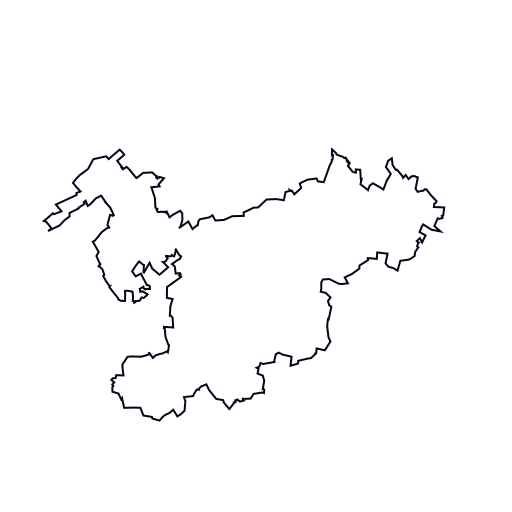 Nkangala, Mpumalanga, South Africa (Mercator projection), rotated 344°
{"feature_id": "47623444B64302501149239", "entity_name": "Nkangala", "entity_type": "district", "adm_level": 2, "iso_a3": "ZAF", "parent_name": "South Africa", "parent_adm1": "Mpumalanga", "projection": "mercator", "projection_center": [29.297, -25.643], "detail": "fine", "context": "isolated", "style": "outline", "palette": "ink", "viewbox_px": 512, "rotation_deg": 344, "n_neighbors": 0, "source": "geoboundaries", "source_scale": "gbopen_adm2", "svg_char_len": 6061}
<svg xmlns="http://www.w3.org/2000/svg" viewBox="0 0 512 512"><g transform="rotate(344 256 256)"><path d="M82.8,335.1L84.9,338.4L82.4,339.9L83.1,341.8L81.7,342.6L80.6,346.9L85.9,350.3L86.9,356.8L88.1,355.6L87.4,365.6L96.2,367.9L103.0,370.0L103.8,378.3L111.6,382.0L111.6,383.7L117.9,387.6L122.9,384.4L125.3,383.7L129.6,383.0L134.1,381.0L136.2,388.5L139.8,387.5L144.7,385.0L148.1,376.0L147.9,371.8L156.9,373.3L158.7,371.2L162.2,368.1L164.4,368.8L164.5,367.8L167.4,366.3L172.9,365.7L174.0,372.1L178.4,382.5L184.6,385.4L184.8,388.3L188.2,395.8L194.4,391.2L194.6,391.1L194.8,391.0L194.7,390.8L195.3,390.8L195.7,390.5L196.0,390.6L196.0,390.2L195.8,390.1L195.7,389.8L196.3,389.2L196.6,389.3L196.7,389.0L196.9,389.1L196.9,389.3L197.2,389.4L197.3,389.1L197.8,388.9L198.2,389.0L198.6,388.8L200.4,391.5L204.0,391.6L203.6,391.2L203.8,390.6L203.8,389.7L204.2,389.5L205.3,390.1L211.5,391.6L215.7,387.9L224.2,388.9L225.9,390.0L226.5,388.4L227.0,386.6L226.7,386.5L226.1,385.9L225.8,385.8L229.5,378.3L229.6,372.9L225.1,369.4L227.3,365.2L225.8,363.6L228.6,363.3L230.9,360.1L233.1,361.8L244.6,363.0L244.8,361.5L248.0,355.9L251.1,355.1L254.4,358.1L262.4,362.6L259.0,371.0L262.7,371.0L266.8,371.0L267.6,368.5L268.2,368.4L277.6,368.9L280.7,369.3L285.7,366.8L285.8,366.1L287.0,366.2L288.8,361.6L296.2,365.6L304.0,358.8L303.3,353.9L305.1,342.9L307.8,336.4L308.4,336.9L314.4,325.6L312.8,323.6L312.8,319.0L316.2,316.4L312.8,310.6L308.4,308.2L309.8,305.3L311.4,299.5L313.7,297.0L320.0,298.3L327.6,305.2L330.2,306.5L336.8,307.6L335.4,301.0L343.4,299.7L351.9,296.6L352.7,293.9L353.4,293.5L362.6,290.8L362.9,288.8L371.3,292.1L373.5,286.0L383.1,290.0L378.5,298.8L380.3,302.8L384.6,305.4L388.0,309.1L393.4,300.4L401.9,301.6L404.3,301.1L408.4,299.8L410.3,295.7L414.5,292.4L413.5,291.0L415.9,287.8L416.0,287.8L415.2,287.0L415.0,286.4L415.0,286.1L414.8,285.9L418.5,284.0L419.4,288.7L424.7,282.9L419.8,278.1L423.6,273.3L425.4,271.7L432.1,279.2L440.2,283.3L435.7,276.4L441.0,269.9L442.3,270.8L445.7,270.9L445.7,268.6L447.1,268.7L450.3,261.2L440.5,257.9L441.7,254.9L443.5,254.5L444.7,253.1L441.0,246.0L438.1,238.8L436.8,238.4L434.7,239.4L433.6,239.1L429.1,238.9L427.9,235.4L433.2,225.1L432.7,224.5L431.9,224.5L430.6,222.9L429.6,222.6L427.4,222.3L423.9,224.1L422.2,219.4L418.9,221.4L418.8,219.7L415.3,211.8L414.1,211.8L412.4,206.2L413.5,199.5L409.3,200.9L405.4,206.2L408.2,214.2L403.2,219.1L403.0,218.9L396.8,227.2L393.8,223.8L388.4,218.3L384.6,219.8L381.8,223.6L379.7,220.5L376.2,215.9L378.5,211.6L377.8,211.8L379.9,201.8L375.8,200.3L375.1,203.4L373.4,202.6L372.1,201.7L369.9,196.3L369.1,194.8L371.7,192.6L370.6,190.0L370.2,191.4L369.5,189.8L369.6,186.5L368.9,186.0L367.8,186.2L367.1,184.8L361.5,180.8L361.3,179.1L358.5,174.5L356.7,180.1L357.9,180.2L356.1,184.4L355.3,184.5L354.7,186.3L351.3,189.9L348.9,193.4L341.5,203.7L336.1,201.3L335.6,198.2L326.6,196.8L318.1,198.3L318.1,203.1L310.0,207.2L310.0,206.9L309.5,206.4L309.5,205.5L309.2,205.1L308.7,204.2L308.6,203.3L308.3,203.2L307.8,203.2L307.6,202.7L307.3,202.6L307.1,202.7L306.8,202.4L306.6,202.1L306.6,202.4L306.1,202.7L302.0,202.7L298.1,210.1L295.7,208.9L290.9,206.8L281.7,204.6L271.4,209.9L267.0,208.9L256.0,210.8L255.4,214.1L244.2,211.2L235.2,212.5L226.7,210.7L225.4,204.8L221.8,206.0L212.2,205.2L210.2,206.7L208.5,210.5L207.6,210.3L202.4,212.6L200.5,204.2L189.5,208.0L191.3,207.2L195.1,201.3L196.9,194.5L196.2,193.4L195.6,191.6L187.3,193.5L183.5,195.0L182.5,189.0L181.6,189.7L181.3,188.6L180.1,188.1L179.6,188.5L176.8,187.1L175.8,187.3L173.7,186.6L173.1,184.4L174.2,183.7L172.6,181.8L174.8,172.6L174.4,161.1L182.5,162.5L182.0,160.3L189.0,155.9L185.2,153.5L184.5,154.0L183.9,153.5L183.2,154.1L182.7,153.5L182.2,154.1L181.6,153.0L182.6,151.9L181.8,151.3L179.2,147.0L170.4,145.0L163.2,148.0L163.0,147.6L162.4,147.9L159.9,142.3L158.1,137.9L156.2,134.7L152.0,136.0L151.1,133.9L151.8,133.8L148.8,126.3L157.3,122.3L156.5,120.2L154.3,116.2L147.3,119.3L141.1,122.2L139.6,118.9L126.3,118.1L118.6,126.0L114.3,127.7L109.2,129.5L105.0,131.8L100.2,135.3L102.5,140.5L105.1,145.6L100.8,145.9L100.4,147.9L77.8,151.4L81.4,159.4L73.2,160.2L72.5,158.9L65.3,162.4L61.7,163.8L63.9,165.5L67.1,173.1L63.0,174.7L75.7,172.5L81.8,168.8L87.7,166.6L88.5,163.3L98.6,161.4L98.7,160.7L105.4,158.7L105.2,156.9L107.5,155.9L108.0,161.5L110.8,160.7L117.9,156.5L123.8,155.3L126.3,162.8L126.0,162.8L129.2,169.2L130.6,177.6L129.7,178.0L127.1,176.2L121.7,185.2L123.0,188.9L121.8,187.8L115.5,190.0L112.7,191.6L110.9,193.0L106.2,196.2L104.9,196.9L103.1,197.3L105.9,208.7L102.6,212.0L103.5,218.8L104.2,221.0L102.8,221.7L101.9,222.6L102.8,223.1L104.7,226.5L105.0,232.4L103.6,233.0L103.8,234.5L105.2,239.8L107.0,244.8L107.3,244.8L106.5,245.6L109.6,253.4L111.9,258.6L111.6,259.7L113.5,261.7L117.7,263.1L120.0,255.8L120.3,253.5L122.7,253.9L127.5,256.3L126.3,262.2L125.2,265.2L126.0,265.5L126.0,267.4L127.3,267.0L127.3,266.5L127.8,266.5L128.0,266.1L129.7,266.7L132.0,266.8L134.6,264.3L136.5,265.4L140.1,263.7L141.2,263.0L137.1,258.6L134.9,258.6L135.2,255.6L139.3,254.5L139.2,256.1L140.3,257.7L141.0,257.3L145.0,258.4L145.5,255.3L143.9,254.2L143.1,254.0L140.5,241.2L134.7,242.4L132.7,236.6L136.9,232.9L142.0,229.0L142.8,230.0L145.1,233.3L145.8,233.7L143.1,241.6L151.9,233.2L152.8,239.6L158.1,247.4L168.5,242.6L166.6,239.3L165.0,236.2L166.1,236.6L168.4,235.7L169.0,234.9L170.4,233.9L169.4,231.2L169.5,231.1L171.1,231.6L171.8,232.1L172.7,232.5L173.3,232.6L174.4,232.6L175.3,231.8L175.5,232.2L175.4,232.4L176.2,233.0L176.8,233.6L177.2,233.8L180.6,228.6L180.4,227.9L180.8,227.6L182.7,234.4L183.9,235.7L182.0,237.8L178.8,238.5L173.0,240.6L174.4,242.4L175.0,243.9L174.0,250.8L178.1,251.4L178.5,253.2L176.8,253.6L178.2,255.5L161.9,261.3L158.8,271.7L164.0,274.4L160.0,280.4L156.7,289.6L157.6,289.8L158.8,292.3L156.7,301.9L148.0,298.7L147.5,300.0L148.3,300.4L146.7,308.9L147.3,317.3L147.4,317.6L147.7,317.6L147.7,318.1L144.7,324.3L144.2,323.2L138.8,323.9L137.0,323.7L132.2,323.8L128.8,325.6L126.8,319.8L126.1,319.9L126.0,321.2L118.1,321.2L108.2,318.1L104.7,317.5L97.7,323.5L97.0,326.0L95.7,334.3L88.8,332.0L87.5,334.6L84.9,334.1L82.8,335.1Z" fill="none" stroke="#020617" stroke-width="2"/></g></svg>